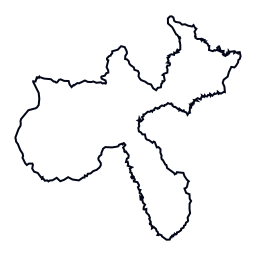 the district of Sop Moei, Mae Hong Son, Thailand
{"feature_id": "78962969B61327440501471", "entity_name": "Sop Moei", "entity_type": "district", "adm_level": 2, "iso_a3": "THA", "parent_name": "Thailand", "parent_adm1": "Mae Hong Son", "projection": "robinson", "projection_center": [98.073, 17.904], "detail": "fine", "context": "isolated", "style": "outline", "palette": "ink", "viewbox_px": 256, "rotation_deg": 0, "n_neighbors": 0, "source": "geoboundaries", "source_scale": "gbopen_adm2", "svg_char_len": 5808}
<svg xmlns="http://www.w3.org/2000/svg" viewBox="0 0 256 256"><path d="M194.9,27.7L193.5,25.1L192.1,26.5L188.1,25.7L185.1,24.3L182.0,24.6L179.8,22.6L175.6,21.9L174.2,20.8L173.4,17.5L171.6,16.3L169.9,16.5L167.9,18.5L168.0,23.5L172.3,27.3L176.1,34.3L177.2,34.9L178.8,37.2L179.7,37.0L180.1,38.0L179.1,38.4L179.7,39.7L179.4,41.6L179.9,42.1L180.3,45.2L180.3,49.3L178.9,50.6L177.4,49.7L176.6,51.3L178.0,52.3L175.1,53.2L174.2,52.7L174.0,54.8L171.3,54.3L168.5,55.8L169.5,56.6L169.1,57.3L167.5,57.7L168.6,61.1L167.8,61.9L168.4,62.5L167.8,62.8L169.9,63.3L169.9,64.9L169.1,65.6L167.4,65.6L166.7,67.1L167.5,69.3L167.3,72.6L163.9,73.8L162.6,75.0L163.8,75.5L164.7,80.2L163.9,81.3L162.5,81.2L162.4,82.9L161.4,83.7L160.9,87.3L157.7,87.9L156.1,90.2L153.2,88.3L151.1,84.5L147.6,83.5L145.3,81.7L141.2,80.1L139.7,78.5L138.5,76.2L139.0,73.1L138.0,71.0L134.4,69.8L133.9,67.5L130.4,65.0L129.3,63.6L128.7,61.1L127.0,59.4L125.1,59.0L125.3,55.9L126.9,53.5L126.8,51.5L124.7,47.1L121.1,46.2L117.8,49.7L112.2,51.3L112.2,53.4L110.9,54.6L110.7,55.6L108.8,56.3L107.0,58.4L107.1,59.7L108.3,60.3L106.6,67.1L108.2,70.4L108.3,72.6L106.3,73.2L104.8,75.7L101.8,76.4L101.2,77.2L101.7,78.7L105.5,80.5L106.1,82.8L105.6,83.6L104.0,83.1L102.6,83.5L100.9,82.3L96.4,82.8L93.4,81.5L91.0,82.1L87.6,81.8L84.9,80.5L79.1,83.3L77.3,83.1L74.0,85.4L73.5,85.1L71.6,87.1L69.6,84.5L68.6,81.0L64.1,80.9L60.7,79.4L59.1,79.8L57.2,82.3L56.2,82.6L54.7,81.5L53.6,81.5L50.9,79.2L44.2,78.6L39.7,77.1L39.3,77.5L39.1,76.8L38.5,77.5L37.4,77.3L37.2,78.0L36.7,77.7L35.5,81.5L33.2,81.3L33.2,81.9L38.7,92.9L39.3,98.7L38.7,105.0L37.0,107.4L35.6,108.3L28.4,110.2L21.1,119.0L20.5,121.2L20.8,124.0L20.4,126.0L18.5,129.1L15.4,137.5L16.2,141.8L17.8,143.9L20.3,150.1L22.6,153.6L23.1,156.0L22.5,157.7L25.2,163.2L26.8,165.0L28.9,163.6L32.4,163.6L32.9,164.8L32.2,168.6L34.1,171.7L37.7,172.9L41.1,177.5L42.4,177.1L42.1,178.9L43.3,178.6L44.8,180.7L47.2,180.4L48.5,181.4L49.6,180.5L52.5,180.3L56.7,177.8L60.3,181.2L64.1,179.8L68.1,177.2L72.5,179.5L78.9,180.4L82.8,177.6L84.5,177.5L84.8,175.5L86.9,176.1L87.8,173.8L90.5,173.5L93.4,171.0L96.6,169.9L99.5,167.5L100.8,165.3L100.8,163.1L98.5,159.7L98.3,158.3L99.3,156.3L101.3,154.8L101.5,152.7L103.2,148.6L105.3,147.1L112.0,147.4L116.7,146.7L118.4,146.2L119.0,144.8L121.7,143.8L122.6,144.5L123.5,143.1L124.0,143.2L125.4,145.0L123.1,147.7L124.3,149.8L124.3,151.5L125.0,152.1L125.9,151.5L128.7,155.3L128.4,157.8L126.9,158.6L126.0,162.0L127.7,161.8L128.2,164.1L127.7,165.7L132.0,167.3L129.8,168.7L130.5,170.8L130.2,172.4L131.6,172.9L132.2,175.3L133.5,176.6L132.8,177.1L131.3,176.9L131.3,177.5L132.2,178.4L133.8,177.5L134.8,179.7L133.8,180.7L133.9,181.5L137.4,182.1L139.0,185.1L138.8,186.4L137.9,187.1L138.9,189.7L140.4,190.0L139.6,191.9L139.7,193.2L140.9,193.6L143.1,197.5L142.7,198.3L140.3,196.6L140.6,199.6L142.4,199.9L142.9,202.6L145.1,204.7L143.9,206.6L143.5,209.1L144.2,209.6L146.3,209.0L146.2,212.4L148.9,215.2L149.9,217.9L149.2,218.8L150.8,222.0L149.8,223.3L149.9,224.0L150.8,223.8L151.5,225.9L152.3,226.1L152.0,228.3L153.9,227.1L156.0,229.0L156.6,231.1L157.7,231.9L158.2,234.0L157.5,235.0L158.4,235.2L159.4,234.4L161.6,235.3L161.9,236.3L166.5,239.7L169.7,239.6L170.7,237.2L172.4,237.4L171.5,236.8L172.1,235.7L173.3,236.1L173.5,234.9L174.4,234.7L174.7,233.7L175.9,234.5L176.9,233.6L177.0,232.4L178.6,232.0L181.1,230.2L181.2,228.7L183.6,227.6L184.0,225.7L185.3,225.1L186.0,222.6L187.7,221.5L188.1,220.5L187.6,217.6L190.1,213.2L189.5,208.8L189.6,203.6L191.1,201.0L189.7,198.8L189.5,194.3L186.1,192.9L184.5,188.5L186.2,187.8L187.0,186.7L188.0,182.1L188.8,181.3L186.8,179.6L184.4,176.0L183.4,172.9L176.9,172.2L176.3,173.6L174.7,174.3L174.4,173.3L167.1,168.0L166.4,165.0L165.4,164.6L162.8,160.0L161.8,159.3L161.3,157.3L161.6,155.6L160.4,152.8L160.5,149.2L158.5,147.1L156.8,147.4L154.8,142.1L153.6,141.6L152.5,142.8L149.2,140.3L146.9,139.6L145.8,138.4L144.9,134.4L142.4,134.4L140.8,132.3L138.9,131.4L138.3,127.9L139.3,126.0L138.8,124.4L139.2,121.2L138.0,120.5L139.1,120.1L139.4,118.2L140.6,120.6L140.4,121.5L141.2,121.2L143.1,119.3L142.0,117.1L143.6,116.1L143.4,114.5L144.8,114.3L147.7,111.8L149.9,111.8L151.1,110.7L152.2,111.6L152.6,110.5L154.2,110.1L154.4,108.9L155.5,107.8L157.7,108.8L158.1,108.0L159.3,108.1L159.9,106.8L161.9,105.5L164.3,106.0L164.7,105.0L166.4,104.6L167.9,103.1L169.6,103.9L171.3,103.5L171.5,104.4L172.4,104.5L172.5,105.7L174.2,107.0L175.3,106.9L178.2,109.2L179.2,108.5L180.2,109.5L179.7,110.4L181.3,110.1L182.2,111.2L183.7,110.4L184.0,111.1L183.5,111.4L186.4,112.5L187.5,114.8L188.4,113.4L189.9,112.7L189.3,111.8L189.8,111.3L189.9,107.4L191.1,107.6L191.3,106.4L190.5,105.4L191.7,105.1L190.8,104.4L191.9,104.3L191.7,103.6L193.6,103.8L193.8,103.2L192.8,102.8L194.4,101.2L194.0,100.1L197.1,100.7L195.8,99.5L197.7,98.2L200.7,99.5L201.4,97.2L202.4,96.8L202.1,95.6L204.0,96.9L204.7,95.3L205.3,96.3L207.1,96.5L208.0,95.0L209.7,95.3L210.0,93.8L211.0,94.6L211.0,95.3L211.3,94.9L212.4,95.7L214.3,93.6L214.6,94.1L217.6,93.2L217.8,93.6L217.8,91.8L218.9,92.7L218.9,93.8L220.1,93.2L220.9,93.6L223.9,91.9L224.9,92.1L224.4,86.6L222.7,82.8L223.7,79.7L227.7,76.6L228.8,72.3L231.3,66.9L234.5,67.4L236.0,65.8L238.1,62.4L238.3,60.1L239.8,58.9L240.6,56.2L239.7,52.1L238.0,52.3L237.9,53.4L235.7,52.1L234.2,53.0L234.4,51.2L230.0,51.8L229.6,52.5L228.6,51.0L228.5,52.6L227.6,52.6L228.3,53.6L227.1,53.7L227.6,54.7L226.9,55.1L226.2,54.5L225.4,55.9L223.6,55.2L223.0,54.4L224.0,53.8L223.3,53.0L223.6,50.9L222.1,51.0L221.8,51.8L220.6,50.5L220.1,50.4L220.1,51.4L218.4,50.6L220.2,49.2L219.1,46.4L218.4,46.6L218.2,47.6L217.3,47.8L217.7,49.3L215.3,50.6L214.4,50.1L213.0,51.2L209.0,50.0L209.3,46.0L208.5,45.9L207.4,43.6L205.0,42.3L205.6,41.5L204.4,41.6L204.6,40.0L203.3,40.1L203.2,39.4L201.9,38.9L201.5,40.4L200.5,38.9L197.3,39.0L195.4,37.7L195.7,36.7L195.0,36.2L195.5,34.7L194.5,31.7L196.4,28.7L194.9,27.7Z" fill="none" stroke="#020617" stroke-width="2"/></svg>